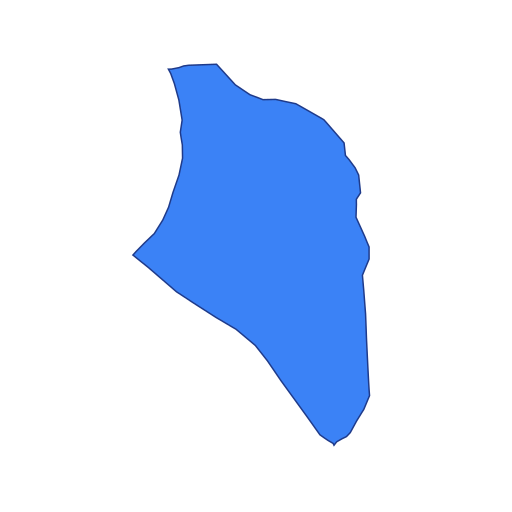 outline of Village/Petite Bourgh, Anse-la-Raye, Saint Lucia, rotated 346°
{"feature_id": "8701671B640126266142", "entity_name": "Village/Petite Bourgh", "entity_type": "district", "adm_level": 2, "iso_a3": "LCA", "parent_name": "Saint Lucia", "parent_adm1": "Anse-la-Raye", "projection": "equal_earth", "projection_center": [-61.042, 13.938], "detail": "fine", "context": "isolated", "style": "filled", "palette": "blue", "viewbox_px": 512, "rotation_deg": 346, "n_neighbors": 0, "source": "geoboundaries", "source_scale": "gbopen_adm2", "svg_char_len": 1261}
<svg xmlns="http://www.w3.org/2000/svg" viewBox="0 0 512 512"><g transform="rotate(346 256 256)"><path d="M136.8,225.3L143.8,234.6L148.4,240.6L170.2,271.5L176.5,278.3L183.0,285.4L187.6,290.3L202.5,306.1L216.3,319.7L218.8,322.1L233.7,342.6L241.7,360.4L250.1,383.1L264.8,419.6L267.4,426.1L274.8,445.0L278.5,449.3L281.4,452.5L285.5,456.5L285.9,458.5L289.3,455.8L295.4,454.1L297.8,453.6L300.1,453.1L304.7,450.2L313.8,440.3L321.3,433.0L323.5,430.9L332.4,418.9L333.4,413.0L334.8,405.5L337.8,390.1L343.0,363.9L346.1,349.2L348.3,338.7L349.1,333.9L352.2,315.6L354.6,300.4L357.9,295.9L365.0,286.3L367.9,274.6L367.1,269.5L366.2,263.2L362.4,242.6L365.9,230.3L366.3,228.5L367.1,225.2L372.7,220.0L375.2,202.3L373.5,194.4L370.8,187.9L369.7,185.2L367.1,180.1L368.8,167.6L357.1,144.6L354.8,140.2L353.3,138.7L331.5,117.9L322.6,113.6L312.9,108.8L300.6,106.0L298.1,104.2L289.1,98.0L282.9,91.1L277.3,84.9L264.1,60.4L236.6,54.6L233.5,54.3L231.9,54.1L229.7,54.3L226.8,54.6L219.2,54.2L216.2,53.5L217.4,58.3L218.5,68.9L218.9,86.1L217.2,106.3L212.5,117.6L212.0,122.7L211.4,130.4L208.4,143.3L205.9,148.5L200.9,158.8L190.8,174.3L186.9,180.9L183.0,187.5L174.3,198.5L162.7,209.7L160.5,210.9L150.7,216.5L140.8,222.6L136.8,225.3Z" fill="#3b82f6" stroke="#1e3a8a" stroke-width="1.5"/></g></svg>